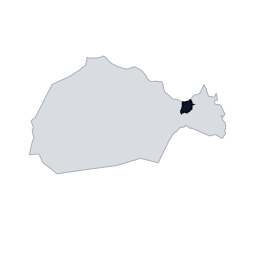 Dogondoutchi, Dosso, Niger shown in context, rotated 206°
{"feature_id": "23599985B71800364259973", "entity_name": "Dogondoutchi", "entity_type": "district", "adm_level": 2, "iso_a3": "NER", "parent_name": "Niger", "parent_adm1": "Dosso", "projection": "orthographic", "projection_center": [4.132, 13.975], "detail": "fine", "context": "in_parent", "style": "filled", "palette": "ink", "viewbox_px": 256, "rotation_deg": 206, "n_neighbors": 0, "source": "geoboundaries", "source_scale": "gbopen_adm2", "svg_char_len": 3691}
<svg xmlns="http://www.w3.org/2000/svg" viewBox="0 0 256 256"><g transform="rotate(206 128 128)"><path d="M195.7,173.6L193.6,173.7L192.4,174.1L190.9,175.4L189.2,175.9L187.2,177.0L185.9,177.9L184.7,178.6L183.1,180.3L182.6,181.5L180.9,181.8L178.5,181.7L177.0,180.5L173.5,179.3L171.2,178.9L170.2,178.8L164.9,178.7L159.2,179.4L156.3,180.0L155.8,180.2L154.2,181.0L152.9,181.9L149.3,185.9L144.4,185.9L141.5,185.5L139.0,184.9L135.5,183.2L131.2,180.4L129.6,180.1L128.1,179.9L127.6,179.9L122.6,182.8L121.6,182.8L120.4,183.1L119.6,183.8L119.0,184.2L118.4,184.2L117.6,184.1L116.8,183.7L116.0,182.9L113.9,179.8L113.5,179.3L112.6,178.3L111.0,176.9L110.0,176.3L109.4,176.1L108.7,176.2L104.6,175.0L100.5,173.7L99.6,173.9L98.9,174.2L97.5,175.1L95.9,175.3L93.8,175.3L92.6,175.1L90.7,175.5L89.5,175.8L87.9,176.5L85.8,178.3L85.2,178.5L84.6,178.8L83.9,183.7L83.4,185.2L82.3,187.1L80.2,188.9L78.7,190.1L78.7,191.6L78.6,194.0L78.5,195.7L78.6,196.9L78.4,197.4L78.3,197.9L78.4,198.6L78.7,198.9L78.9,199.4L78.8,199.7L78.1,200.2L77.3,199.1L76.4,198.3L75.3,197.9L74.6,197.4L74.2,196.6L72.8,195.0L69.6,192.0L69.3,191.9L68.7,191.8L67.8,192.2L67.3,192.7L66.9,192.8L66.3,192.9L64.7,193.2L63.5,193.7L63.5,194.1L64.1,196.4L63.8,197.7L63.2,197.1L61.5,194.7L60.3,193.0L60.1,192.6L59.9,192.0L60.0,191.8L60.5,191.6L61.6,191.4L61.8,191.2L61.9,190.8L61.7,189.9L61.1,188.7L60.5,187.9L60.1,187.7L59.4,187.7L58.7,187.8L57.3,188.7L56.7,188.9L55.3,188.8L54.1,188.6L53.3,188.1L51.1,186.2L48.6,184.1L47.5,183.8L47.3,183.6L47.2,182.1L47.2,180.2L47.4,179.7L48.4,180.0L49.5,180.1L49.9,179.8L49.0,179.1L47.7,178.4L47.3,177.4L46.9,177.1L46.3,176.7L45.7,176.5L45.0,176.2L44.6,175.9L43.8,175.8L43.1,175.5L42.0,173.9L40.9,172.2L40.3,171.0L40.0,170.2L40.4,168.9L40.1,168.4L38.9,167.0L37.9,165.8L38.2,163.9L38.4,162.4L38.4,161.4L38.6,160.8L38.7,160.2L39.4,160.0L41.1,160.0L44.5,160.4L47.1,160.1L47.3,160.0L49.2,158.3L51.3,156.6L54.5,156.5L57.9,156.3L60.5,156.2L64.4,156.1L67.6,156.0L71.2,155.9L71.3,155.1L71.6,154.9L71.9,154.9L74.6,155.3L77.1,155.8L77.3,154.2L79.5,152.3L80.8,151.9L81.1,151.6L81.5,150.9L81.7,149.9L81.8,149.2L82.3,148.6L82.6,147.5L83.1,145.6L84.3,143.6L85.0,140.9L85.1,138.3L85.3,136.3L85.7,135.9L85.6,132.3L85.6,128.8L85.6,125.8L85.6,122.0L85.6,118.8L85.6,115.2L85.6,112.0L85.6,109.9L88.1,109.4L90.6,108.9L94.4,108.1L98.5,107.3L103.0,106.3L104.0,105.8L107.3,102.7L108.8,101.3L111.8,98.5L114.0,96.4L116.9,93.7L120.0,90.9L122.4,88.8L126.3,86.3L132.0,82.5L137.7,78.7L143.4,74.9L149.1,71.1L154.7,67.3L160.3,63.5L165.9,59.7L171.4,55.8L177.2,57.0L182.7,58.1L188.3,59.3L189.6,59.9L192.7,62.4L196.7,65.6L196.8,65.6L197.0,65.6L200.4,63.5L204.9,60.7L204.9,60.8L206.6,67.6L208.0,73.5L208.3,77.3L208.4,78.3L208.9,79.0L209.8,79.6L213.6,84.9L213.0,85.9L213.6,87.6L214.6,88.3L217.7,91.4L218.1,92.0L218.0,92.6L216.2,96.5L216.0,97.5L215.9,102.4L215.8,105.9L215.7,110.7L215.6,116.5L215.5,121.3L215.4,127.7L215.3,133.8L212.5,137.3L207.5,143.4L203.4,148.4L201.3,151.7L197.3,158.2L195.6,162.3L194.2,164.5L193.5,165.5L194.3,168.4L195.7,173.6Z" fill="#d9dde1" stroke="#a8b0b8" stroke-width="1"/><path d="M81.8,178.3L82.0,178.4L82.0,179.2L82.8,179.3L83.3,179.5L83.1,179.9L83.8,180.5L84.1,180.5L84.5,180.5L84.5,178.8L84.6,178.6L85.4,178.6L86.9,177.1L87.2,177.0L87.3,176.8L88.4,175.9L88.9,175.7L90.1,175.3L90.1,174.8L90.0,174.3L89.6,173.6L89.6,173.3L88.8,172.5L88.5,171.5L88.4,171.0L88.2,169.5L87.9,169.0L87.9,167.6L88.1,166.9L87.1,165.0L86.2,164.5L86.1,165.8L85.1,166.1L85.0,166.8L83.8,167.2L83.3,167.3L82.8,167.4L82.0,167.4L82.1,167.6L81.4,168.4L80.7,169.3L80.2,170.2L80.0,171.0L80.0,171.6L79.7,172.1L79.1,172.8L79.6,174.2L79.9,175.1L80.5,175.5L80.4,177.2L79.7,177.7L82.0,177.7L81.8,178.3Z" fill="#0f172a" stroke="#020617" stroke-width="1.5"/></g></svg>